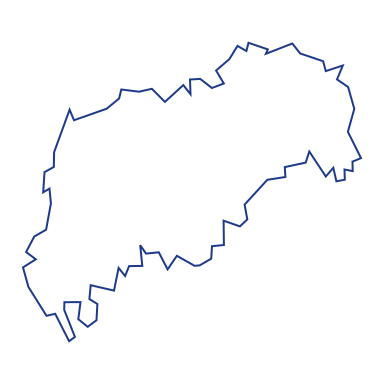 Grainger, Tennessee, United States of America (Albers equal-area conic projection)
{"feature_id": "52423323B64097397586562", "entity_name": "Grainger", "entity_type": "district", "adm_level": 2, "iso_a3": "USA", "parent_name": "United States of America", "parent_adm1": "Tennessee", "projection": "albers", "projection_center": [-83.509, 36.251], "detail": "fine", "context": "isolated", "style": "outline", "palette": "blue", "viewbox_px": 384, "rotation_deg": 0, "n_neighbors": 0, "source": "geoboundaries", "source_scale": "gbopen_adm2", "svg_char_len": 1131}
<svg xmlns="http://www.w3.org/2000/svg" viewBox="0 0 384 384"><path d="M23.0,267.4L28.4,286.9L46.5,315.8L55.2,313.8L69.1,341.2L74.9,336.9L64.2,309.8L64.4,302.2L80.5,302.1L78.3,319.2L87.7,326.8L96.5,320.2L97.4,304.0L89.4,299.1L90.7,285.2L114.0,290.6L118.6,267.9L125.1,276.0L129.1,266.1L142.3,265.9L140.2,245.2L146.0,253.6L158.8,252.3L167.6,269.4L176.9,255.8L194.5,265.8L199.6,265.4L211.2,258.7L212.0,246.2L223.9,245.0L223.6,220.7L239.9,226.4L247.3,219.4L244.6,204.6L267.3,179.8L285.4,177.0L284.8,167.1L305.7,162.6L309.3,151.5L325.8,176.5L333.3,167.8L336.4,181.3L344.8,179.7L344.5,169.5L352.7,171.1L352.5,161.6L361.0,158.1L347.9,131.8L354.3,108.8L348.1,87.0L337.0,79.4L342.8,65.5L325.8,71.1L323.1,61.2L300.2,53.5L292.3,43.5L265.9,53.8L267.8,49.4L248.5,42.8L246.4,51.0L237.5,45.9L229.3,59.2L216.1,70.5L223.8,83.5L211.9,88.0L200.2,78.9L190.0,79.5L190.5,94.2L183.3,85.1L164.9,101.9L151.9,88.8L139.1,91.7L121.3,89.5L119.1,98.5L106.7,108.7L74.0,120.2L69.6,109.7L54.1,152.2L53.8,167.0L44.5,172.1L43.2,192.3L49.5,188.6L50.9,203.5L46.1,229.7L34.3,236.5L26.1,252.0L35.8,259.3L23.0,267.4Z" fill="none" stroke="#1e3a8a" stroke-width="2"/></svg>